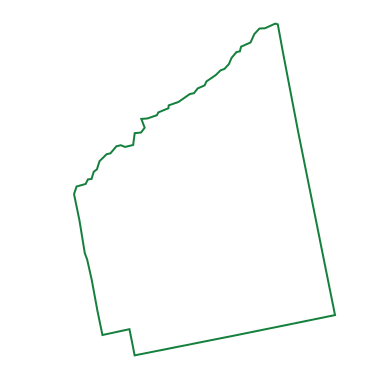 Larimer, Colorado, United States of America, rotated 79°
{"feature_id": "52423323B69154914244995", "entity_name": "Larimer", "entity_type": "district", "adm_level": 2, "iso_a3": "USA", "parent_name": "United States of America", "parent_adm1": "Colorado", "projection": "orthographic", "projection_center": [-105.711, 40.628], "detail": "fine", "context": "isolated", "style": "outline", "palette": "green", "viewbox_px": 384, "rotation_deg": 79, "n_neighbors": 0, "source": "geoboundaries", "source_scale": "gbopen_adm2", "svg_char_len": 902}
<svg xmlns="http://www.w3.org/2000/svg" viewBox="0 0 384 384"><g transform="rotate(79 192 192)"><path d="M123.3,237.0L134.6,240.8L135.0,249.1L132.5,253.0L132.7,257.5L138.5,264.7L138.6,268.6L144.1,276.9L151.6,281.0L153.4,284.6L160.0,288.1L159.8,291.8L163.8,294.9L164.6,304.3L171.6,308.2L198.3,307.9L231.5,308.9L238.4,307.8L259.0,307.2L290.3,307.5L315.3,307.2L314.7,279.6L327.8,279.5L332.3,279.5L332.8,279.5L341.4,279.5L341.1,201.9L341.0,174.6L340.1,75.1L266.1,75.6L265.7,75.6L260.9,75.6L154.4,76.3L153.1,76.3L74.5,76.1L43.8,75.8L42.6,78.2L45.2,89.1L44.4,94.6L48.9,100.7L56.4,106.0L58.7,116.1L63.1,118.2L63.1,121.6L67.9,127.6L73.4,131.3L77.4,136.7L78.0,140.7L81.8,146.5L86.2,156.7L89.7,159.2L91.4,166.6L95.4,171.3L95.4,175.4L101.0,188.0L102.5,198.3L105.3,199.2L107.4,209.8L109.9,211.8L111.3,221.6L110.6,227.8L119.9,226.2L123.9,230.7L123.3,237.0Z" fill="none" stroke="#15803d" stroke-width="2"/></g></svg>